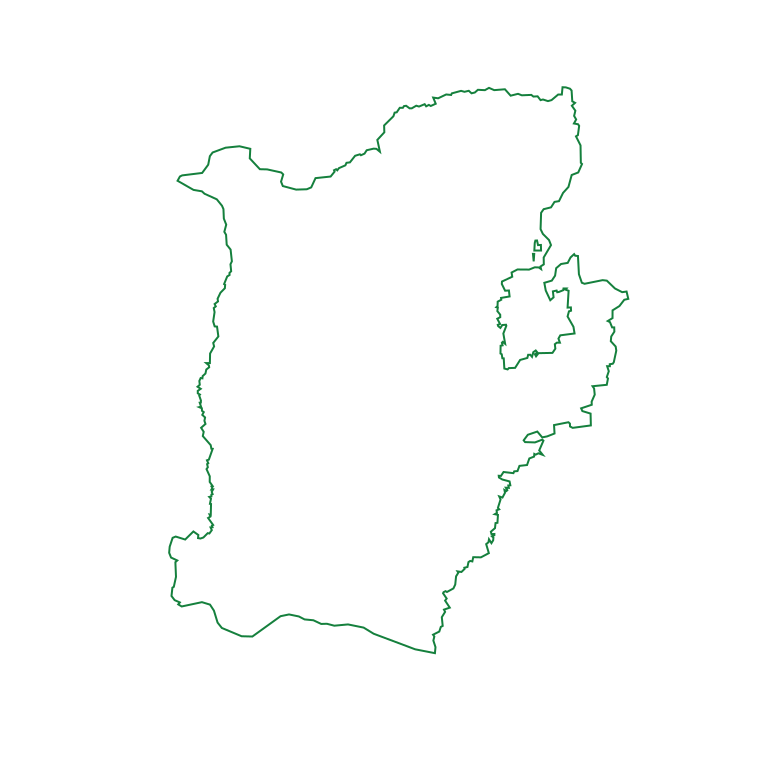 outline of Madiun, Jawa Timur, Indonesia, rotated 163°
{"feature_id": "22746128B56340035124164", "entity_name": "Madiun", "entity_type": "district", "adm_level": 2, "iso_a3": "IDN", "parent_name": "Indonesia", "parent_adm1": "Jawa Timur", "projection": "mercator", "projection_center": [111.63, -7.612], "detail": "fine", "context": "isolated", "style": "outline", "palette": "green", "viewbox_px": 768, "rotation_deg": 163, "n_neighbors": 0, "source": "geoboundaries", "source_scale": "gbopen_adm2", "svg_char_len": 6168}
<svg xmlns="http://www.w3.org/2000/svg" viewBox="0 0 768 768"><g transform="rotate(163 384 384)"><path d="M414.0,111.7L411.7,117.3L411.8,124.2L409.7,127.8L410.4,129.9L403.5,131.1L400.7,135.1L398.6,135.5L396.9,144.1L392.2,148.2L392.6,150.7L386.5,150.9L388.9,159.0L386.8,160.5L388.7,166.6L387.9,167.5L385.7,167.9L384.6,166.7L377.4,168.2L374.5,171.4L371.3,179.0L368.1,181.8L368.5,183.3L364.9,181.6L361.0,183.6L360.9,184.8L357.7,184.6L355.3,189.0L353.3,189.6L351.4,188.5L349.3,192.3L342.0,189.9L333.2,191.6L333.1,201.0L330.4,202.1L329.0,204.8L327.8,200.4L325.3,202.6L324.3,205.1L325.3,206.8L322.7,207.1L322.3,208.3L325.1,209.0L325.0,211.5L320.0,213.7L318.0,218.4L316.1,218.1L313.3,225.5L316.1,227.1L313.7,227.7L313.3,230.3L310.5,230.5L311.3,232.2L306.3,239.5L306.7,242.8L303.9,240.8L300.1,244.6L299.8,247.4L298.3,245.8L297.1,246.4L297.8,249.2L295.0,248.2L294.8,250.6L292.8,250.2L292.4,254.1L298.8,258.1L301.4,261.0L301.1,262.7L299.0,261.9L295.4,264.9L286.3,260.9L285.0,262.4L281.8,261.7L278.4,266.1L270.9,264.7L266.8,270.3L261.7,270.7L260.7,273.2L259.6,272.1L256.6,272.6L252.9,269.8L255.0,275.1L248.1,283.2L248.9,284.5L256.7,284.0L266.1,287.2L266.9,289.3L261.3,293.4L251.3,293.7L248.3,286.7L243.3,286.2L235.4,286.8L233.4,295.0L218.8,293.5L217.8,291.8L218.5,289.0L216.4,286.9L198.3,283.9L195.1,295.3L202.2,300.1L202.6,303.1L191.4,303.4L190.6,306.4L185.6,312.2L184.4,318.3L185.2,320.9L171.2,318.1L168.2,323.8L168.9,325.5L165.3,330.5L165.4,335.8L162.8,335.0L162.3,336.9L159.3,336.5L157.9,337.6L152.1,348.0L151.5,352.1L154.6,358.6L152.8,363.0L148.4,366.7L147.3,370.8L149.3,371.4L149.8,377.1L151.6,378.8L146.2,380.2L143.9,387.6L136.1,389.7L129.6,394.3L125.5,394.0L125.0,401.5L129.4,402.2L135.2,407.8L140.7,417.7L144.6,419.4L162.9,421.2L165.2,423.0L165.5,432.0L161.1,449.7L163.7,450.8L164.2,452.6L168.6,450.5L172.9,446.1L179.6,447.0L185.5,444.4L188.7,437.6L193.3,433.8L201.1,433.9L202.0,426.1L200.5,415.5L196.5,417.3L195.4,423.2L191.6,422.9L191.5,421.1L189.8,420.9L185.2,421.3L184.4,422.9L181.6,422.0L182.9,421.2L180.2,419.2L186.1,403.4L182.9,402.6L183.7,399.4L185.9,399.4L188.7,394.9L186.1,383.3L187.0,376.6L201.2,379.0L203.9,376.4L203.7,372.1L206.6,373.0L209.0,372.1L209.8,367.7L213.8,364.5L227.2,368.3L230.5,366.0L231.0,368.4L228.1,369.3L229.1,371.7L231.9,370.8L234.5,366.7L235.6,369.2L237.6,369.8L239.3,367.0L246.8,367.2L253.9,361.1L260.0,362.7L261.5,361.8L264.4,363.6L262.0,373.5L263.3,374.0L262.7,378.0L263.7,379.1L261.3,386.5L259.3,386.3L259.2,389.0L258.1,389.6L256.4,387.0L255.1,397.4L250.0,403.9L250.0,405.0L253.6,405.8L256.3,403.6L257.9,406.0L257.9,407.3L255.5,407.5L256.6,413.3L253.3,413.9L252.6,416.3L254.3,420.6L252.8,423.8L254.1,424.6L252.6,425.4L251.2,429.5L247.2,430.3L246.9,432.1L238.3,431.0L237.2,436.9L240.9,437.8L242.1,445.2L241.2,447.5L230.0,449.1L229.4,453.3L222.9,454.5L211.8,451.0L205.7,451.5L201.9,450.2L200.2,448.0L200.0,450.6L196.2,451.7L194.3,458.3L183.7,468.0L184.1,473.4L188.2,481.1L189.0,486.3L183.7,501.8L180.2,504.5L172.6,504.1L167.7,508.3L163.2,507.7L156.9,514.4L150.0,518.5L143.4,529.0L136.4,529.5L130.3,536.5L131.1,538.0L126.3,554.7L128.0,564.7L125.8,565.3L121.9,573.8L122.5,575.7L126.2,577.6L122.9,580.8L123.8,584.8L121.1,589.4L123.0,595.2L119.1,597.0L121.3,599.3L118.8,609.8L119.8,612.0L123.4,614.5L126.5,615.6L129.3,608.8L132.8,609.9L140.8,606.5L144.5,606.6L148.8,609.6L151.3,609.7L153.0,614.2L157.1,615.2L158.6,617.4L167.8,619.8L171.0,622.3L178.6,622.7L182.2,630.5L192.7,632.8L197.0,636.5L201.6,635.5L208.2,637.9L211.9,636.2L215.3,636.4L217.2,639.6L221.6,639.9L224.6,641.8L234.2,642.1L235.3,640.8L239.9,642.7L248.7,641.4L253.2,643.5L252.6,636.9L258.0,636.2L259.5,637.8L262.5,637.2L263.3,639.7L269.4,639.1L271.8,640.7L276.9,639.5L278.9,640.1L281.5,643.6L283.7,643.9L285.2,642.6L288.2,643.5L292.4,640.1L294.5,640.4L296.7,637.3L308.3,631.2L310.1,624.6L319.0,619.4L320.0,607.3L322.5,611.1L325.1,612.1L332.2,612.6L335.3,610.0L339.2,609.5L339.9,610.7L344.9,610.7L351.8,605.9L355.2,606.5L357.0,604.4L364.0,603.6L366.2,602.0L367.0,603.4L369.3,603.0L369.2,601.5L374.4,598.0L389.3,600.9L396.1,593.3L400.9,592.8L411.2,595.6L422.9,602.9L423.3,607.6L419.1,613.9L420.4,616.3L433.0,623.4L439.9,625.7L446.4,639.0L443.1,648.0L452.7,653.6L466.4,656.3L480.2,655.5L483.9,652.8L488.0,645.1L496.2,639.0L516.0,642.5L518.5,642.1L522.0,638.7L509.4,625.3L501.8,621.5L500.0,618.4L489.9,609.5L486.8,601.8L486.4,598.2L488.8,589.0L488.3,582.5L492.2,576.2L491.4,572.9L493.7,563.2L491.4,557.4L493.6,545.8L495.8,543.4L497.2,536.5L499.3,535.4L499.8,533.4L502.5,532.7L507.7,526.3L506.9,525.3L508.2,522.1L513.7,519.1L518.2,514.2L518.6,511.5L522.6,510.0L522.2,507.4L524.6,506.4L525.0,502.3L529.1,493.7L529.1,488.6L526.9,487.7L528.5,477.9L535.3,473.2L535.5,469.6L541.4,464.0L544.4,454.9L547.9,456.0L546.0,453.0L546.3,451.1L549.7,449.8L551.7,446.2L555.1,444.6L556.0,442.5L557.6,443.3L559.7,440.9L560.4,437.1L563.1,435.9L560.7,433.0L564.1,431.9L564.8,429.5L563.1,427.7L564.1,427.0L563.9,421.7L564.6,419.8L565.7,420.0L565.6,415.8L567.5,415.9L565.3,414.0L565.9,411.6L564.6,409.8L566.8,407.6L564.9,404.3L566.5,401.3L566.4,398.0L571.7,395.6L570.4,391.0L572.5,387.2L567.6,376.2L568.0,372.6L566.8,372.1L573.6,362.9L575.6,362.8L575.2,359.6L576.6,359.1L576.8,355.9L578.6,354.5L577.6,346.7L579.3,341.3L577.7,336.4L578.9,336.4L578.5,334.8L579.9,333.5L578.3,333.1L580.3,331.2L580.1,328.8L581.4,328.7L581.9,327.0L584.1,327.1L583.0,324.9L585.5,320.3L584.5,319.8L587.9,309.6L589.0,310.2L588.7,308.0L591.4,307.3L588.6,299.1L590.0,298.8L589.9,297.2L591.8,297.6L591.4,294.6L594.7,292.1L596.2,292.9L601.6,290.0L604.7,289.9L606.9,291.0L605.7,293.9L609.4,298.7L619.6,293.4L627.8,299.0L631.1,298.7L636.5,291.1L638.8,285.4L638.4,280.3L633.3,275.7L635.6,274.6L639.3,260.4L644.3,251.5L645.9,251.1L649.2,243.4L647.4,238.5L643.1,234.8L645.2,233.4L642.5,230.4L621.9,228.6L614.9,223.9L612.9,217.0L612.9,204.5L610.4,198.1L593.9,184.4L583.7,181.0L550.8,192.2L542.2,191.4L533.4,186.6L528.8,182.1L520.6,178.7L514.2,172.9L508.7,171.4L502.2,167.4L488.7,164.6L474.7,157.0L466.9,148.2L431.8,121.2L414.0,111.7ZM201.2,467.7L198.6,474.8L197.3,476.9L195.7,476.5L196.1,471.8L193.3,471.1L194.8,465.7L201.2,467.7ZM205.0,457.5L203.5,464.9L202.3,464.5L205.0,457.5Z" fill="none" stroke="#15803d" stroke-width="2"/></g></svg>